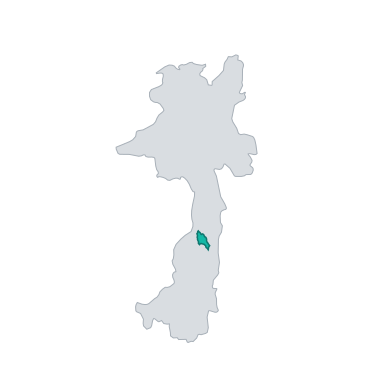 Mahaxay, Khammouan, Laos (highlighted), rotated 44°
{"feature_id": "54806243B31598332414602", "entity_name": "Mahaxay", "entity_type": "district", "adm_level": 2, "iso_a3": "LAO", "parent_name": "Laos", "parent_adm1": "Khammouan", "projection": "mercator", "projection_center": [105.318, 17.348], "detail": "fine", "context": "in_parent", "style": "filled", "palette": "teal", "viewbox_px": 384, "rotation_deg": 44, "n_neighbors": 0, "source": "geoboundaries", "source_scale": "gbopen_adm2", "svg_char_len": 5811}
<svg xmlns="http://www.w3.org/2000/svg" viewBox="0 0 384 384"><g transform="rotate(44 192 192)"><path d="M141.4,65.5L143.0,68.5L150.5,76.5L151.8,78.6L154.5,80.3L156.8,87.4L157.8,87.8L159.0,87.3L160.0,86.3L160.7,83.6L161.2,83.3L162.1,85.5L164.2,86.2L165.1,87.2L165.4,88.9L165.1,90.7L163.3,94.7L162.3,100.1L169.6,111.6L172.6,113.2L179.9,115.1L184.8,117.6L187.1,117.0L189.3,114.1L191.9,112.5L196.8,110.1L198.3,109.9L201.0,110.9L205.4,113.8L212.1,119.1L211.9,120.6L210.7,122.0L207.1,124.1L205.9,125.5L206.6,126.0L209.6,126.3L213.2,127.5L214.2,128.9L214.8,132.1L215.5,132.7L218.7,132.4L219.8,132.8L220.9,133.8L222.1,136.5L222.1,138.5L218.8,141.9L218.4,144.0L216.7,146.5L212.3,150.7L211.1,150.9L202.8,148.6L196.3,148.9L195.7,149.8L196.8,152.3L197.1,154.8L196.1,156.7L192.4,159.2L192.2,160.3L193.0,161.4L198.5,163.6L216.0,175.5L223.9,177.8L227.4,179.3L228.3,180.2L228.3,181.2L227.4,182.5L226.6,184.9L226.6,186.3L227.4,187.6L228.8,189.6L233.7,194.2L237.3,195.2L241.1,200.4L242.2,204.9L244.0,207.8L253.1,217.6L260.7,223.6L265.2,230.0L267.4,231.5L268.1,233.8L268.6,240.6L271.3,244.0L271.8,245.4L273.0,246.4L274.2,246.6L276.9,244.3L277.4,244.7L278.6,248.2L279.7,249.5L283.7,251.7L288.0,256.0L290.3,257.6L293.1,258.8L293.5,260.2L293.0,261.6L292.1,262.5L287.2,265.0L286.5,266.0L289.8,271.5L298.0,278.3L300.5,282.4L300.0,284.3L297.7,288.3L296.0,289.4L295.5,290.6L296.8,293.8L296.7,298.8L295.1,300.0L293.7,303.0L292.7,303.2L290.1,302.1L284.9,307.4L282.6,307.1L279.9,310.0L276.5,310.4L274.2,308.2L269.2,304.7L267.4,302.6L265.8,304.4L263.1,306.2L259.4,305.6L258.4,308.2L257.7,308.7L253.2,309.1L252.3,309.6L253.0,311.9L255.7,316.0L256.5,318.3L254.8,322.1L250.2,322.0L248.1,320.4L245.4,317.2L239.4,315.1L235.4,316.6L234.2,316.5L231.2,313.8L230.1,312.0L229.4,309.5L234.0,307.4L236.3,305.7L237.8,304.0L238.5,302.2L239.2,294.7L239.9,292.0L239.5,288.8L238.3,286.2L238.3,282.4L238.9,279.2L240.6,277.7L241.9,275.4L242.6,270.4L242.0,269.1L240.3,267.9L237.4,266.7L235.6,265.2L234.9,263.4L234.9,261.9L235.8,260.5L233.7,259.0L228.4,257.3L225.5,255.3L224.9,253.0L222.7,249.9L218.9,246.2L216.9,240.7L216.7,233.6L217.2,227.8L218.8,221.1L216.6,216.2L214.2,213.6L210.9,211.7L207.7,209.0L204.6,205.5L201.0,200.3L196.7,193.3L193.9,190.2L192.4,191.0L189.4,190.3L184.7,188.3L180.6,187.2L177.1,187.1L174.8,187.5L173.8,188.6L173.7,189.6L174.6,190.7L174.1,191.5L172.3,192.0L170.8,193.2L169.2,195.7L168.0,199.0L166.3,200.3L163.6,200.6L161.0,201.6L158.4,203.2L157.2,204.4L157.3,205.2L156.8,205.4L155.5,205.0L154.9,203.9L155.0,202.1L153.7,201.0L151.0,200.4L147.9,198.5L142.0,193.7L140.7,193.5L138.8,194.8L136.2,197.4L134.2,198.5L132.5,198.0L131.3,198.9L130.4,201.3L128.8,203.3L120.9,208.4L113.8,215.1L112.0,215.6L107.7,213.8L106.3,212.5L112.2,198.9L113.1,195.6L112.9,191.2L110.4,187.6L110.3,186.5L110.7,185.4L113.7,181.2L117.2,170.2L117.0,166.8L115.5,163.1L114.7,159.6L115.3,154.7L115.1,152.8L113.4,151.9L108.0,150.9L104.9,151.7L103.4,153.0L101.6,153.9L98.2,154.3L95.0,152.7L92.3,149.9L91.6,146.5L95.0,139.1L95.8,136.3L95.7,134.9L95.1,133.6L94.3,133.4L92.6,131.6L90.9,128.6L89.3,127.2L87.8,127.4L86.4,128.6L84.2,131.5L83.5,131.1L85.5,120.9L87.3,116.6L89.6,114.6L91.9,113.7L94.4,114.0L96.4,113.7L98.1,112.6L98.0,112.0L96.0,111.8L95.2,110.7L95.6,108.5L96.5,107.1L97.8,106.4L99.2,104.2L100.4,100.5L102.0,98.6L103.8,98.6L106.9,97.0L111.3,93.8L113.0,90.7L114.6,92.1L114.0,95.7L114.9,96.4L115.3,97.7L115.1,99.7L115.4,101.4L116.1,102.2L117.1,102.6L121.7,101.1L124.6,101.0L129.3,103.6L132.0,101.7L132.1,101.0L129.8,98.5L130.5,89.5L130.2,82.7L126.3,77.6L125.5,75.6L125.1,72.3L124.1,69.4L126.8,67.1L128.3,62.9L130.2,61.9L130.8,62.1L133.2,65.2L136.2,63.7L138.5,63.7L140.4,64.5L141.4,65.5Z" fill="#d9dde1" stroke="#a8b0b8" stroke-width="1"/><path d="M242.0,218.4L241.6,218.4L241.3,218.3L241.1,218.2L240.9,218.2L240.3,218.1L240.2,218.1L239.9,218.1L239.7,218.0L239.3,217.8L239.2,217.8L239.1,217.7L238.9,217.7L238.7,217.7L238.3,217.7L238.1,217.7L237.9,217.6L237.7,217.6L237.4,217.5L237.1,217.3L236.9,217.2L236.7,217.1L236.4,217.0L236.3,216.9L236.2,216.8L236.0,216.6L235.9,216.5L235.7,216.3L235.6,216.1L235.2,215.8L234.8,215.5L234.3,215.3L234.0,215.2L233.8,215.1L233.6,215.1L233.4,215.0L233.2,215.0L232.9,215.1L232.7,215.2L232.5,215.3L232.4,215.3L232.2,215.4L232.0,215.2L231.7,215.1L231.2,215.1L230.8,214.9L230.5,214.7L230.0,214.6L229.7,214.6L229.4,214.6L229.0,214.8L228.6,214.9L228.5,215.2L228.4,215.4L228.2,215.6L228.3,216.0L228.1,216.2L227.9,216.2L227.7,216.0L226.8,215.8L226.5,215.7L226.0,215.6L225.9,215.6L225.7,215.7L225.2,215.6L224.9,215.7L224.6,215.8L224.3,215.8L224.1,215.7L223.9,215.7L223.5,215.6L223.5,215.8L223.5,216.0L223.6,216.3L223.6,216.5L223.8,216.7L224.1,217.0L224.3,217.3L224.3,217.5L224.4,217.8L224.4,218.0L224.5,218.1L224.5,218.6L224.9,218.8L225.6,219.1L225.8,219.3L226.0,219.4L226.2,219.5L226.5,219.8L226.6,220.0L226.7,220.3L226.9,220.5L227.1,220.7L227.2,221.0L227.5,221.2L228.1,221.5L228.3,221.6L228.5,221.8L228.7,222.0L228.8,222.2L228.9,222.3L229.0,222.4L229.2,222.5L229.7,222.7L230.8,223.1L231.0,223.2L231.1,223.3L231.3,223.4L231.5,223.5L231.8,223.7L231.9,223.8L232.0,224.0L232.0,224.3L232.4,224.5L232.6,224.5L233.0,224.6L233.3,224.6L233.5,224.6L234.0,224.6L233.9,224.1L233.9,223.8L233.9,223.7L234.0,223.5L234.1,223.1L234.2,222.9L234.3,222.8L234.3,222.7L234.6,222.6L234.8,222.5L235.0,222.4L235.3,222.3L235.4,222.2L235.6,222.0L235.8,221.9L236.1,221.8L236.4,221.6L236.8,221.4L237.1,221.3L237.2,221.2L237.4,221.3L237.5,221.3L238.0,221.3L238.2,221.2L238.3,221.2L238.6,221.2L238.9,221.2L239.1,221.2L239.3,221.3L240.0,221.8L240.4,222.0L240.5,222.0L240.8,222.1L241.0,222.0L241.3,222.0L241.6,222.0L241.8,222.0L242.0,222.0L242.4,222.0L242.5,222.0L243.8,222.3L243.7,222.1L243.3,221.5L242.6,220.6L242.4,220.4L242.4,220.2L242.3,219.9L242.2,219.6L242.1,219.1L242.1,218.9L242.0,218.7L242.0,218.4Z" fill="#14b8a6" stroke="#0f766e" stroke-width="1.5"/></g></svg>